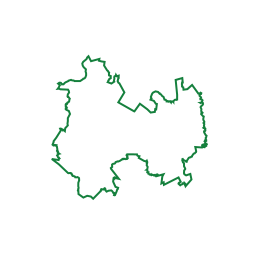 the district of Satevó, Chihuahua, Mexico, rotated 233°
{"feature_id": "50627088B42337074746811", "entity_name": "Satevó", "entity_type": "district", "adm_level": 2, "iso_a3": "MEX", "parent_name": "Mexico", "parent_adm1": "Chihuahua", "projection": "orthographic", "projection_center": [-106.204, 27.759], "detail": "fine", "context": "isolated", "style": "outline", "palette": "green", "viewbox_px": 256, "rotation_deg": 233, "n_neighbors": 0, "source": "geoboundaries", "source_scale": "gbopen_adm2", "svg_char_len": 5798}
<svg xmlns="http://www.w3.org/2000/svg" viewBox="0 0 256 256"><g transform="rotate(233 128 128)"><path d="M149.1,48.5L140.7,50.9L128.2,53.0L127.8,53.2L126.8,54.9L126.3,55.3L125.7,55.5L125.2,55.1L124.4,55.4L124.0,55.0L123.1,54.9L121.6,56.2L121.0,56.4L120.4,56.2L119.4,57.4L119.2,58.1L117.9,58.7L117.4,58.7L115.6,57.5L114.2,55.4L111.4,53.2L110.2,52.7L109.2,51.8L109.2,51.4L108.8,51.2L108.2,50.3L107.6,50.2L107.5,50.4L105.0,48.7L99.3,50.5L98.4,54.6L95.6,57.1L92.5,57.6L94.0,67.6L93.9,68.1L94.5,68.6L94.5,69.1L95.2,69.6L95.0,70.3L94.0,70.9L93.5,71.6L94.0,72.5L93.9,73.2L92.8,73.2L91.7,72.5L90.1,72.6L89.6,74.8L88.2,77.1L87.1,77.4L85.5,77.3L84.4,77.9L84.3,77.6L84.4,77.2L83.0,77.2L82.7,76.5L82.4,76.7L82.2,77.2L84.3,80.9L85.3,82.2L85.3,82.9L86.2,84.1L88.5,82.6L93.5,83.7L94.2,83.9L96.8,86.5L96.7,87.3L96.3,87.2L96.2,86.8L95.7,86.9L95.9,87.2L95.5,88.0L95.9,88.2L95.7,88.5L94.8,88.9L94.4,88.8L92.9,90.1L105.8,89.9L106.1,90.5L106.4,90.5L106.4,91.9L108.4,93.3L108.4,94.4L107.6,96.0L107.8,97.0L108.2,97.6L107.6,99.6L107.2,99.8L106.7,101.4L106.5,103.8L106.6,104.7L106.3,104.7L106.0,106.1L105.6,106.1L105.5,106.6L104.5,107.4L103.8,108.8L104.1,109.7L105.4,109.6L105.8,110.6L107.2,110.5L107.5,111.5L101.5,119.3L100.5,118.9L99.4,119.3L98.6,120.1L97.6,118.6L91.9,121.1L90.3,122.6L90.5,123.3L89.2,122.9L88.6,122.3L88.7,121.8L88.1,121.7L87.0,120.5L85.1,120.3L83.9,119.0L83.4,118.2L83.4,117.7L82.9,118.2L81.7,117.5L81.0,116.7L80.3,117.1L80.2,117.5L79.4,116.9L79.2,117.2L78.1,117.1L77.4,117.5L77.3,118.2L77.0,118.0L76.5,118.8L76.1,118.6L75.7,119.6L74.9,120.1L74.6,120.8L74.1,120.5L73.7,121.3L73.3,121.3L73.6,122.2L73.3,122.5L73.5,123.3L73.2,123.6L72.6,123.7L72.2,123.1L72.7,120.9L69.7,128.5L68.6,126.2L63.6,121.3L63.2,123.8L61.0,122.5L58.1,138.6L53.3,137.7L53.3,136.4L53.6,135.8L53.4,135.1L53.1,134.8L50.8,135.2L50.8,136.3L50.4,137.6L50.9,138.5L50.1,139.5L49.5,139.4L50.1,140.0L48.6,140.2L46.9,139.2L48.7,147.7L53.8,150.1L55.2,145.9L57.1,145.2L58.2,145.5L60.3,147.3L60.7,148.9L61.2,149.3L63.7,149.7L66.0,151.4L66.9,151.6L67.4,151.2L69.5,151.9L69.5,152.3L71.1,153.1L69.0,153.1L67.0,154.1L66.0,154.2L65.7,154.5L66.5,155.5L67.6,158.6L67.3,159.8L66.9,160.3L67.0,161.1L66.7,161.9L67.2,162.5L68.0,165.0L67.6,166.0L67.9,167.2L67.8,167.7L68.3,168.4L72.3,170.3L67.8,175.5L67.4,177.0L66.6,177.6L67.0,178.5L67.3,178.5L68.7,176.4L69.4,176.6L69.8,177.2L69.5,178.3L69.1,179.0L68.3,179.2L67.4,178.9L66.7,179.1L66.6,179.7L67.4,180.2L67.5,181.1L68.0,181.2L68.1,180.5L69.0,180.1L70.6,181.4L71.3,181.2L71.5,181.7L70.8,182.0L70.6,182.7L71.3,183.2L71.8,182.9L72.2,183.0L72.5,183.6L73.3,184.1L73.3,184.5L74.6,186.1L75.6,185.8L78.7,186.2L79.5,186.7L79.2,187.2L79.3,188.0L79.6,188.4L80.3,188.5L80.7,189.3L81.2,189.4L82.0,189.3L82.4,188.4L82.8,188.3L83.1,189.7L84.1,190.0L85.2,191.3L86.5,191.3L86.5,192.1L87.0,192.7L89.2,193.1L89.9,193.5L91.6,195.4L92.5,195.0L95.1,194.8L95.4,195.2L95.1,195.7L95.3,196.7L95.9,196.7L96.5,196.2L97.8,196.9L98.9,198.0L101.0,198.5L101.3,199.1L101.5,201.4L102.0,202.4L103.2,202.9L103.5,202.7L104.2,202.2L104.1,201.1L104.6,200.9L104.3,201.4L104.5,202.7L105.3,204.2L106.4,204.1L107.4,203.1L107.8,203.3L108.0,204.1L108.5,204.8L110.7,204.5L111.7,205.4L111.2,206.8L111.7,207.5L112.5,207.2L112.3,206.1L113.1,205.3L113.2,204.9L123.8,205.1L123.3,198.8L125.2,195.4L127.2,196.6L128.5,196.1L129.1,196.4L129.4,196.9L130.6,197.4L132.0,198.8L132.0,199.1L131.7,199.3L135.2,201.4L137.7,195.0L124.9,187.2L121.1,184.3L121.3,183.6L121.8,183.3L122.3,182.4L122.1,180.2L121.8,180.0L122.1,180.0L122.5,179.5L122.4,179.2L122.9,178.8L122.6,178.2L122.9,178.3L123.0,177.9L123.3,178.1L124.0,177.9L124.3,177.3L124.3,176.9L125.0,176.4L124.9,175.9L125.4,175.8L125.9,175.0L126.3,175.4L126.9,175.0L127.8,175.1L128.7,174.2L131.4,175.1L133.2,174.5L134.9,174.6L136.2,173.9L136.7,174.2L137.3,173.8L138.7,173.7L140.7,172.0L141.2,169.3L140.9,168.0L139.0,164.9L137.6,164.6L137.7,164.2L137.1,163.0L134.1,165.0L130.6,164.8L129.8,165.5L125.9,161.7L126.7,161.1L124.7,159.1L126.7,155.4L131.3,154.7L140.2,152.1L137.4,143.1L137.5,143.0L154.3,135.7L158.6,146.5L168.9,148.0L169.9,147.6L171.6,147.9L173.1,149.6L173.5,150.6L174.0,150.5L174.4,151.2L175.4,152.1L176.2,150.1L177.6,150.3L176.9,149.4L177.4,148.4L176.9,147.6L175.7,146.9L174.0,145.0L173.3,144.9L173.5,141.5L176.8,139.4L177.0,140.0L177.8,140.9L177.9,141.8L178.4,142.5L178.2,143.1L178.4,143.6L178.2,144.2L179.9,145.5L181.4,144.5L182.7,145.3L183.6,146.3L184.6,146.1L185.8,146.3L186.5,146.0L192.3,146.5L194.9,149.1L197.1,146.9L199.2,145.3L200.4,146.7L203.6,138.7L209.1,139.6L208.9,137.9L208.0,136.3L207.8,132.0L207.0,130.3L205.1,129.4L203.2,129.2L200.2,129.7L198.6,128.1L197.1,127.6L195.3,126.3L194.0,124.3L193.8,123.1L194.3,122.0L194.1,121.4L194.3,118.0L197.7,113.5L198.5,113.3L199.8,111.9L200.7,111.5L201.6,109.0L201.4,108.6L202.0,105.9L202.1,104.7L201.7,102.8L202.2,102.4L202.5,101.5L204.4,101.6L205.1,101.0L205.5,100.4L205.5,98.9L203.7,99.4L203.1,99.2L203.1,98.8L202.1,97.3L201.6,95.5L201.0,96.5L199.6,97.3L194.7,103.2L193.2,103.0L191.8,102.3L191.1,100.2L189.6,98.7L189.0,98.6L188.6,99.1L186.4,99.1L186.2,98.6L184.5,96.8L184.7,95.6L184.4,94.9L184.6,94.7L184.0,93.8L184.3,93.6L184.1,93.2L184.5,92.9L184.3,92.4L182.6,91.2L182.2,91.5L181.9,91.2L180.9,91.3L180.7,90.7L181.0,90.0L180.6,89.6L179.7,89.7L177.2,91.0L174.1,90.1L172.1,85.9L169.7,84.1L167.8,82.2L166.3,81.5L165.6,77.7L163.5,75.7L165.3,75.3L165.3,74.6L166.5,74.7L168.0,74.0L168.3,73.4L166.5,73.0L163.4,64.8L162.2,60.6L161.5,60.1L160.1,57.7L159.0,57.9L159.0,58.3L158.8,58.8L158.5,58.8L158.5,59.4L157.3,60.6L156.6,59.8L155.9,60.0L153.4,58.7L152.5,57.5L151.7,57.5L151.4,57.6L151.4,57.9L151.0,57.8L150.6,57.6L150.4,57.0L149.8,57.3L149.5,56.9L149.3,57.4L148.8,57.6L149.1,56.8L148.7,56.0L148.9,55.3L148.7,54.8L148.2,54.9L146.6,54.5L145.9,55.0L145.3,54.8L144.9,54.9L144.8,54.0L144.2,53.3L149.1,48.5Z" fill="none" stroke="#15803d" stroke-width="2"/></g></svg>